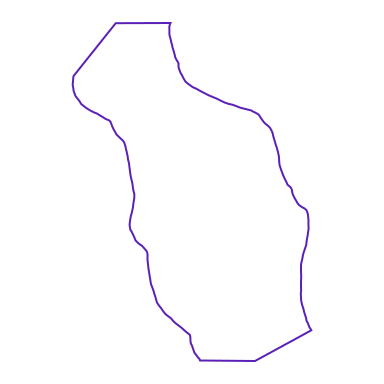 North Miladhunmadulu, Maldives
{"feature_id": "70690204B13524442343529", "entity_name": "North Miladhunmadulu", "entity_type": "district", "adm_level": 2, "iso_a3": "MDV", "parent_name": "Maldives", "parent_adm1": "", "projection": "robinson", "projection_center": [73.105, 6.23], "detail": "fine", "context": "isolated", "style": "outline", "palette": "violet", "viewbox_px": 384, "rotation_deg": 0, "n_neighbors": 0, "source": "geoboundaries", "source_scale": "gbopen_adm2", "svg_char_len": 3110}
<svg xmlns="http://www.w3.org/2000/svg" viewBox="0 0 384 384"><path d="M73.5,76.1L73.4,77.0L73.2,78.5L73.1,79.9L72.9,82.4L72.7,84.6L72.8,85.7L73.1,87.1L73.4,88.6L73.5,90.5L74.5,93.3L75.2,95.3L75.7,96.3L77.2,98.3L78.2,99.4L79.0,100.6L79.9,101.8L81.1,103.9L81.8,104.5L84.8,106.9L85.4,107.4L87.8,109.0L90.6,110.7L94.0,112.4L97.1,113.6L99.9,115.4L102.7,117.0L104.3,118.1L106.1,119.2L107.8,119.8L109.3,120.5L110.3,121.5L111.0,123.1L111.6,124.7L112.2,126.3L113.2,128.5L114.0,130.0L114.9,131.5L115.7,133.1L116.5,134.5L120.1,138.0L121.6,139.4L123.1,140.8L124.1,142.3L125.3,145.8L126.0,149.1L126.6,151.5L127.2,154.2L127.7,156.6L128.0,159.3L129.0,163.3L129.5,167.6L130.0,171.2L130.3,173.6L130.9,177.4L131.9,181.2L132.4,183.6L133.0,188.3L133.5,191.0L134.3,193.8L134.3,197.7L134.0,200.0L133.4,203.3L133.0,207.1L132.3,210.4L131.6,213.5L130.8,216.1L130.2,219.7L129.6,224.4L129.8,226.5L130.3,229.5L131.8,232.0L134.4,237.5L135.5,240.3L135.9,240.8L138.2,243.1L140.3,244.7L142.1,245.9L146.5,250.9L147.5,253.7L147.5,259.6L148.5,268.8L151.0,284.2L152.3,287.4L153.7,291.4L154.4,294.1L155.4,296.9L156.2,299.9L156.9,302.4L158.8,305.3L161.1,308.2L163.4,311.5L165.1,313.7L166.8,315.2L171.1,318.4L173.1,320.9L175.3,323.0L178.4,325.4L181.4,327.7L183.9,329.9L186.5,332.2L188.6,333.8L189.9,334.9L190.4,337.4L190.4,340.4L190.9,343.6L191.8,345.2L192.9,348.3L193.6,350.4L194.4,352.6L196.8,355.8L198.1,357.6L199.4,358.8L200.0,360.5L255.0,361.0L311.3,330.3L310.4,328.6L309.5,327.4L308.5,324.9L308.1,323.5L306.6,320.9L305.9,317.4L305.0,314.7L304.0,311.5L303.6,309.4L302.7,306.7L302.0,304.5L301.5,302.1L301.1,300.1L301.0,296.6L300.8,294.0L301.1,290.3L301.0,285.8L301.0,282.9L301.1,279.9L301.2,277.3L301.1,273.6L301.0,270.8L301.0,268.7L301.0,267.3L301.1,264.1L301.6,261.8L302.3,258.9L302.9,255.3L303.7,252.4L305.0,248.5L306.2,245.2L306.7,240.5L307.1,238.1L307.6,236.0L308.0,232.6L308.6,228.8L308.4,224.2L308.5,220.6L308.2,217.3L307.9,214.1L306.5,210.2L304.6,208.5L301.8,207.0L299.2,205.2L297.7,203.4L296.0,200.5L294.1,197.1L292.8,194.5L292.3,192.5L291.8,189.7L290.9,187.7L288.9,185.8L287.6,184.8L286.2,181.6L284.8,178.9L283.6,176.3L282.6,173.8L281.4,170.6L280.0,166.5L279.5,164.6L279.2,161.8L279.1,159.0L278.9,156.6L278.4,154.0L277.7,151.0L276.6,147.1L275.8,144.9L275.2,142.6L273.9,138.4L273.1,135.6L272.6,133.1L271.5,130.5L270.0,127.8L267.8,125.6L265.8,124.1L263.8,122.1L262.2,119.9L261.0,118.2L259.8,116.3L258.6,114.5L256.5,113.3L253.9,111.9L252.6,111.4L251.4,110.5L249.5,110.0L246.7,109.3L243.9,108.6L240.2,107.7L236.0,106.0L232.4,104.7L228.9,104.0L224.6,102.5L219.6,100.1L216.1,98.3L214.4,97.7L211.1,96.3L208.9,95.4L206.5,94.2L203.3,92.5L200.3,91.0L196.5,88.8L192.8,87.2L187.8,83.6L185.5,81.6L183.6,78.5L182.1,75.5L180.6,72.9L179.7,70.6L178.9,68.4L178.5,67.0L178.5,66.1L178.5,64.6L178.6,64.0L178.2,62.7L177.4,61.2L176.5,59.9L175.4,57.6L175.2,57.3L174.8,55.2L174.6,54.5L174.3,53.4L174.1,52.5L173.5,50.4L172.9,48.7L172.3,46.7L172.3,45.6L171.6,43.5L171.4,43.0L171.1,41.4L170.6,39.1L169.9,36.7L169.4,34.4L169.4,32.4L169.4,30.1L169.3,28.6L169.4,26.2L169.9,24.4L170.5,23.0L115.7,23.2L73.5,76.1Z" fill="none" stroke="#5b21b6" stroke-width="2"/></svg>